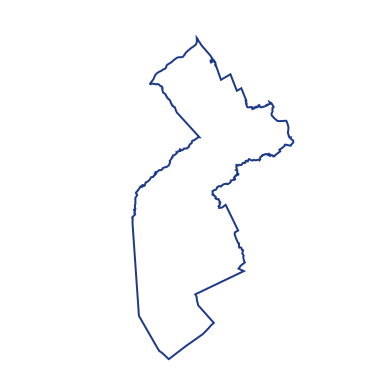 Junín, San Luis, Argentina, rotated 235°
{"feature_id": "61730980B92635702663446", "entity_name": "Junín", "entity_type": "district", "adm_level": 2, "iso_a3": "ARG", "parent_name": "Argentina", "parent_adm1": "San Luis", "projection": "equal_earth", "projection_center": [-65.257, -32.22], "detail": "fine", "context": "isolated", "style": "outline", "palette": "blue", "viewbox_px": 384, "rotation_deg": 235, "n_neighbors": 0, "source": "geoboundaries", "source_scale": "gbopen_adm2", "svg_char_len": 6121}
<svg xmlns="http://www.w3.org/2000/svg" viewBox="0 0 384 384"><g transform="rotate(235 192 192)"><path d="M315.6,284.3L311.9,281.9L310.5,279.6L310.3,275.5L310.5,274.7L310.0,268.9L309.4,266.1L308.7,265.0L308.6,263.9L308.0,262.5L308.0,262.0L308.3,260.9L309.6,259.1L310.3,257.6L310.6,256.4L310.5,251.7L310.3,251.2L310.1,249.8L310.4,244.9L310.3,244.1L310.0,243.4L309.1,242.6L308.5,241.0L308.5,239.9L309.0,238.3L308.8,236.7L309.4,233.4L309.3,230.7L309.0,229.5L308.4,228.1L306.5,225.1L304.8,219.8L304.2,219.7L303.6,221.4L302.2,223.2L300.8,224.2L300.6,224.9L299.9,226.1L298.6,226.7L297.7,226.7L296.8,227.2L296.3,227.2L295.5,227.9L294.0,227.4L293.8,226.9L293.5,227.0L293.1,226.6L290.2,225.3L287.7,226.3L286.2,226.2L285.9,225.9L284.8,226.1L283.7,225.8L283.5,226.0L282.0,225.9L281.6,226.2L281.1,226.1L280.8,226.4L279.6,226.5L278.7,226.4L277.2,225.7L276.7,225.9L276.4,225.7L275.8,225.8L274.5,225.3L273.8,225.5L273.7,225.8L273.1,225.7L272.8,225.9L271.9,226.0L271.2,226.6L268.2,225.6L265.9,225.2L232.6,229.5L233.4,228.5L233.1,226.9L233.3,226.5L233.1,223.9L233.2,223.3L233.6,222.8L233.7,221.7L233.6,221.3L233.1,220.5L232.5,220.1L232.2,219.6L232.3,217.5L232.0,217.2L231.7,216.3L230.8,215.6L230.7,214.8L230.9,214.1L230.5,213.2L230.7,212.7L231.2,212.0L231.3,211.4L232.2,210.5L231.8,208.9L232.0,207.7L232.4,207.3L233.5,206.9L233.9,206.6L233.5,206.0L232.4,205.7L233.3,203.8L232.9,202.8L233.5,202.2L232.6,201.7L232.4,200.9L232.3,198.8L232.5,198.0L232.9,197.3L232.2,196.2L231.5,196.0L231.4,195.6L231.6,195.0L230.9,193.8L230.2,191.6L229.0,191.2L228.5,190.2L228.3,190.2L227.5,189.1L227.1,188.1L227.1,185.5L227.5,185.0L227.7,183.8L228.2,182.8L228.3,182.1L228.2,181.3L227.6,180.7L227.7,179.3L228.0,178.5L228.7,177.7L228.8,177.3L228.5,176.0L228.6,174.7L229.1,173.9L229.2,173.3L228.9,173.1L227.8,173.3L227.6,173.2L227.6,172.9L228.1,172.7L228.3,172.3L228.3,171.9L227.3,171.8L227.1,170.5L227.2,169.9L226.6,168.8L227.3,167.6L227.5,166.9L227.4,166.4L226.6,165.2L226.1,163.2L226.0,161.4L226.4,159.7L226.3,159.3L225.7,158.9L225.2,157.8L224.7,157.4L224.4,156.7L224.5,155.9L224.8,155.8L225.9,155.8L226.1,155.4L226.1,155.2L224.9,153.9L225.1,153.6L226.0,153.3L226.0,152.9L225.6,152.3L225.6,151.7L225.0,150.8L224.7,149.2L224.3,148.7L224.1,147.6L223.8,147.0L223.7,145.8L223.4,145.5L222.7,145.5L222.2,145.3L221.2,145.5L220.9,145.3L220.1,143.4L219.9,142.7L219.0,141.6L217.8,141.1L216.8,140.1L215.1,139.2L214.6,138.4L212.7,136.7L211.0,136.1L210.8,135.7L210.8,134.5L210.6,134.2L210.2,134.1L210.1,135.0L209.9,135.1L209.3,134.3L208.3,133.7L207.9,132.7L207.6,132.6L206.5,132.8L206.2,132.4L205.9,130.1L205.8,129.9L205.5,128.5L205.0,128.5L204.6,128.0L204.2,128.1L200.6,125.4L121.0,77.5L83.1,74.1L81.4,74.1L80.6,73.9L78.9,74.7L76.6,75.4L68.4,77.1L69.3,98.1L69.4,119.4L71.0,128.0L71.8,130.6L72.3,134.8L95.5,132.1L100.4,133.9L103.4,135.6L106.3,136.0L97.5,189.1L102.5,186.2L103.7,189.5L104.0,194.9L105.2,194.9L109.3,196.6L110.4,197.9L112.9,197.9L114.5,200.0L115.1,200.3L115.5,200.3L116.1,199.7L117.5,200.3L118.7,200.1L119.1,199.5L119.2,198.9L119.5,198.8L121.1,199.6L122.8,201.0L123.7,200.5L128.5,201.4L133.0,202.7L134.3,204.0L134.0,207.7L162.2,212.2L162.0,207.7L163.4,205.1L164.3,205.6L165.0,205.5L165.2,206.1L165.1,206.8L165.5,207.0L165.7,207.5L167.1,208.1L167.3,208.3L167.0,209.1L167.3,209.3L169.3,209.2L170.9,209.8L171.1,209.7L171.5,208.5L172.9,207.7L173.6,207.6L173.9,208.5L174.8,208.7L176.2,208.0L177.1,208.2L177.8,207.3L178.1,207.2L178.9,208.2L180.9,209.2L180.7,210.0L180.8,211.7L180.3,212.4L180.2,213.3L180.9,214.6L181.4,215.1L181.4,217.1L181.0,218.1L180.6,218.5L179.9,218.7L179.9,219.5L180.3,220.9L180.2,222.3L179.1,225.0L178.8,225.2L178.7,224.9L178.1,225.4L177.9,226.3L177.7,227.8L178.0,229.3L178.2,229.7L179.0,230.1L179.2,230.3L178.5,231.6L178.3,233.0L178.3,233.9L178.0,234.3L177.6,234.2L177.6,234.5L177.8,234.8L178.2,234.9L179.1,234.9L179.7,234.6L179.8,234.7L179.9,235.7L180.3,236.6L179.9,237.5L180.6,238.1L179.7,239.3L179.7,239.9L179.9,240.2L180.5,240.4L181.2,239.7L182.4,240.3L183.0,241.1L183.5,241.3L184.9,240.6L185.0,241.7L185.1,242.0L187.3,242.7L187.8,243.3L188.7,243.8L188.6,244.3L187.8,244.3L187.1,244.9L187.3,245.9L187.0,246.6L186.3,247.1L185.9,248.1L185.9,248.7L186.5,249.6L186.5,250.7L186.3,251.1L185.6,251.6L185.4,252.1L185.4,252.4L186.6,253.7L186.5,254.2L186.3,254.5L185.6,254.7L185.1,255.3L186.0,256.6L186.3,257.4L186.1,257.7L184.3,258.6L183.5,259.2L183.2,259.5L182.7,260.8L182.9,261.0L181.3,262.5L180.4,265.0L180.1,265.0L179.7,265.5L179.3,265.5L179.7,266.7L181.1,267.6L181.5,268.3L181.2,270.1L181.7,270.5L181.9,271.1L181.2,271.9L181.1,273.4L180.5,274.1L180.5,274.7L180.3,275.0L179.4,275.1L179.3,276.9L179.2,277.0L178.5,277.2L178.2,276.3L177.8,276.0L177.2,276.5L176.7,276.7L176.7,277.1L177.1,277.3L177.1,277.5L176.6,278.3L176.1,278.6L175.8,279.0L174.7,278.9L174.4,279.1L174.2,279.7L174.4,279.7L174.7,287.6L176.4,287.7L176.5,288.3L176.3,288.3L176.4,291.3L176.7,294.5L177.3,295.0L177.3,295.4L177.3,295.7L172.7,299.9L173.7,299.5L174.4,303.1L175.6,304.2L176.2,304.3L179.3,303.4L180.1,304.3L180.7,303.2L181.9,303.2L182.2,303.5L185.3,304.4L189.4,308.0L192.5,309.2L196.0,310.1L196.5,309.8L199.7,304.5L201.1,302.8L204.9,301.8L209.0,301.2L210.7,302.2L211.6,304.0L214.6,306.0L214.5,307.0L214.8,307.7L219.4,308.0L220.2,307.4L221.1,307.1L219.4,306.6L220.1,304.8L220.0,304.5L219.7,304.1L219.7,303.8L220.5,303.2L220.5,302.7L220.1,302.7L220.0,302.3L220.3,300.9L220.8,299.6L221.0,298.7L222.2,296.6L224.1,296.9L224.7,296.9L224.8,296.2L224.0,295.9L223.9,295.2L224.0,294.3L224.4,294.4L224.7,294.2L224.7,293.9L225.0,293.5L224.8,293.2L224.5,293.1L224.5,292.7L225.2,292.5L225.2,292.3L225.0,292.2L225.3,291.8L225.0,291.3L224.9,290.8L225.3,290.8L225.4,291.0L225.8,290.7L225.8,290.0L225.3,290.0L225.2,289.9L225.3,289.1L227.4,289.6L228.7,287.1L229.7,286.0L233.2,286.8L233.1,287.4L235.4,288.0L235.3,288.4L236.2,288.6L236.1,289.0L248.7,291.9L249.2,286.8L266.4,291.0L267.3,280.1L281.7,284.1L281.8,283.7L283.2,284.1L283.1,284.7L284.5,285.2L285.3,285.0L285.3,285.4L287.3,285.4L287.1,281.9L287.8,281.9L288.0,282.5L288.8,282.5L289.3,284.2L289.2,285.2L293.5,285.3L306.4,283.9L310.8,284.1L312.3,284.0L313.3,284.3L315.6,284.3Z" fill="none" stroke="#1e3a8a" stroke-width="2"/></g></svg>